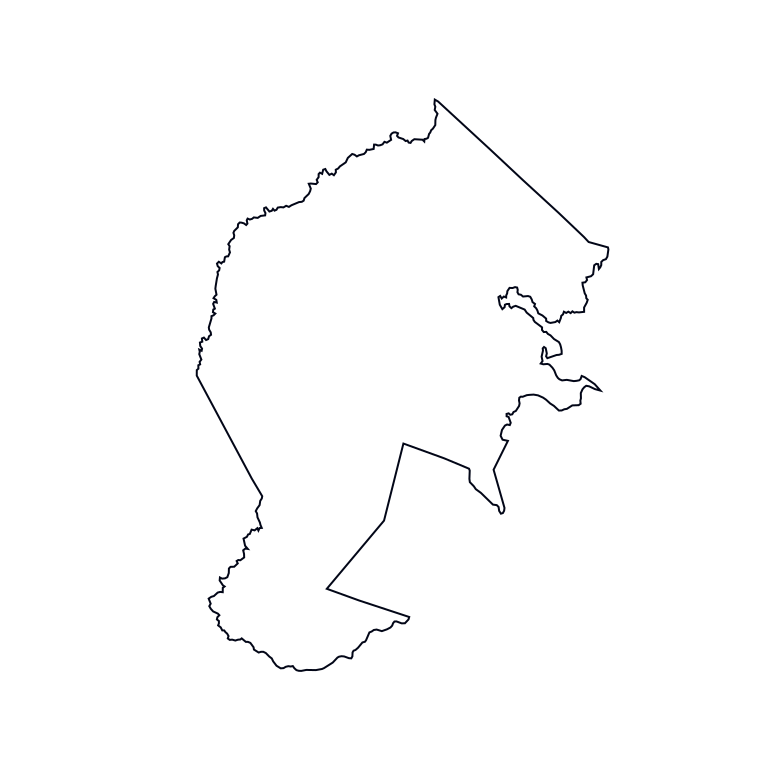 Bomet Central, Rift Valley, Kenya (Natural Earth projection), rotated 331°
{"feature_id": "3690345B53477019337333", "entity_name": "Bomet Central", "entity_type": "district", "adm_level": 2, "iso_a3": "KEN", "parent_name": "Kenya", "parent_adm1": "Rift Valley", "projection": "natural_earth1", "projection_center": [35.326, -0.731], "detail": "fine", "context": "isolated", "style": "outline", "palette": "ink", "viewbox_px": 768, "rotation_deg": 331, "n_neighbors": 0, "source": "geoboundaries", "source_scale": "gbopen_adm2", "svg_char_len": 6166}
<svg xmlns="http://www.w3.org/2000/svg" viewBox="0 0 768 768"><g transform="rotate(331 384 384)"><path d="M646.1,373.1L631.8,359.0L630.2,352.5L619.7,319.0L604.3,272.9L590.5,230.2L568.3,163.2L566.3,159.9L563.7,163.8L563.3,166.4L561.2,168.9L561.8,173.6L558.5,176.3L556.9,178.1L554.4,182.4L550.5,184.4L548.3,184.9L546.3,186.5L544.7,187.1L541.9,190.0L540.2,190.1L538.2,189.4L536.8,191.4L536.1,189.0L529.2,184.6L526.1,184.9L524.1,186.0L522.6,184.8L522.6,182.5L520.7,182.0L519.6,179.1L516.2,175.4L515.7,173.3L517.8,171.5L516.1,169.5L514.2,168.6L512.0,168.7L509.8,170.0L508.6,173.9L503.5,174.3L501.8,172.4L498.9,173.7L496.3,173.3L494.4,172.5L492.9,170.7L491.4,169.8L488.9,173.4L484.7,172.1L482.6,170.7L480.4,172.4L478.0,173.1L473.0,171.8L470.6,171.8L469.4,169.2L467.7,167.4L462.0,168.7L458.0,171.6L450.9,172.3L448.4,173.3L445.7,173.2L444.5,175.6L441.4,177.1L440.3,174.7L437.6,174.6L436.8,170.0L436.9,167.5L434.7,167.1L431.8,170.2L430.4,168.1L428.6,168.7L427.1,171.4L424.1,172.8L423.8,175.5L421.5,176.2L417.2,173.2L415.3,172.4L414.7,177.6L412.9,179.5L410.3,181.3L404.6,182.8L402.6,184.7L400.4,184.8L397.9,183.7L389.7,182.8L386.7,183.0L384.8,180.7L381.7,180.8L379.4,179.2L376.6,178.2L374.4,179.5L372.3,179.3L371.8,177.0L369.8,178.1L367.4,177.6L366.4,172.3L364.4,172.1L363.3,174.2L363.2,177.0L361.8,178.9L357.6,177.2L354.1,177.5L350.9,175.2L348.7,175.6L346.4,175.1L344.9,173.2L343.3,174.3L342.3,177.5L340.5,178.1L339.4,175.6L337.6,173.8L336.1,172.8L333.8,173.5L332.1,176.1L327.2,177.5L325.6,178.8L325.1,181.3L323.5,183.5L320.1,183.9L315.6,186.2L315.8,188.6L313.7,191.4L313.1,194.2L309.6,196.8L308.0,196.0L306.3,196.0L303.5,199.5L301.8,199.0L300.2,199.7L298.8,197.0L296.3,197.7L295.7,200.4L296.5,202.8L294.9,204.7L292.6,205.3L291.9,207.7L289.1,210.6L284.3,216.7L282.7,218.9L280.8,224.7L278.6,225.2L276.5,226.3L278.1,229.1L277.2,231.7L275.2,229.9L273.4,231.1L272.6,236.1L270.8,236.1L269.2,238.3L270.6,240.6L268.2,241.3L266.0,241.0L264.9,243.0L258.2,249.6L257.4,251.7L257.5,254.8L256.6,257.1L254.1,257.4L252.0,259.5L249.7,259.3L249.0,256.1L246.8,255.9L245.6,258.9L243.1,258.5L241.7,261.7L242.0,264.9L240.6,266.5L239.1,264.4L238.5,266.5L236.9,268.3L236.1,274.1L233.5,275.2L232.7,277.7L230.7,277.6L229.1,280.6L227.0,281.1L224.3,285.9L222.5,402.7L223.1,423.1L221.6,424.9L219.1,426.2L216.5,429.6L212.8,431.3L210.2,433.0L210.2,435.7L208.7,439.3L208.3,445.0L207.6,447.5L207.3,450.6L205.3,449.7L203.1,451.3L203.3,448.7L199.9,449.3L197.6,447.2L193.9,450.1L192.2,449.7L190.0,451.2L186.2,451.1L184.1,458.1L184.9,462.2L183.0,460.7L180.2,461.2L179.2,464.8L177.6,467.9L172.9,468.5L171.2,467.3L169.3,467.4L169.1,470.0L164.4,471.2L161.1,469.5L158.9,470.2L156.6,474.1L153.3,477.0L150.7,476.9L148.0,475.7L146.7,473.7L145.0,476.2L145.5,482.0L146.4,483.8L144.2,484.1L142.0,487.9L139.9,486.4L137.4,485.8L132.4,487.0L129.8,486.4L126.6,486.7L125.9,492.1L123.5,493.6L123.5,496.6L124.3,500.1L127.4,504.3L127.9,506.4L125.2,507.2L123.7,508.9L124.7,511.3L123.5,513.4L121.9,514.7L123.2,517.7L123.1,521.1L124.8,522.1L125.0,524.1L125.8,526.3L125.8,529.1L124.0,530.8L125.0,533.0L127.3,534.0L129.6,536.3L132.2,536.8L134.5,537.8L136.2,537.5L138.1,542.5L140.0,543.6L141.6,545.6L142.3,551.0L141.5,553.2L144.2,558.1L146.6,558.6L148.6,559.7L150.2,562.0L151.5,566.7L152.8,569.6L152.6,572.9L153.4,578.3L155.8,582.6L158.4,583.8L160.9,583.7L163.5,584.4L165.5,585.9L167.5,586.5L167.8,589.1L168.7,591.8L170.4,593.5L172.5,594.8L177.4,596.4L185.7,601.2L191.6,603.2L193.7,603.4L204.1,602.8L210.7,600.7L212.5,600.7L214.9,601.5L217.1,603.0L220.4,606.8L222.4,608.1L224.3,606.9L226.4,603.5L228.1,602.5L230.1,602.8L233.4,602.1L239.8,599.6L242.4,600.2L244.1,599.4L250.8,594.2L253.2,594.5L255.8,594.2L258.5,595.2L262.3,599.1L267.6,600.0L271.6,600.1L274.0,599.3L276.0,597.6L278.0,596.8L279.8,597.7L283.4,601.9L286.3,603.4L291.3,601.8L293.1,600.0L257.2,561.2L234.7,535.4L317.8,503.5L372.1,445.5L400.7,478.3L417.3,499.3L417.0,501.3L412.7,508.4L411.5,511.5L413.0,517.0L413.3,520.5L416.0,526.3L420.8,542.3L423.9,544.6L424.6,547.1L423.2,550.8L423.4,554.1L425.4,554.5L427.6,553.1L429.3,550.8L438.3,512.1L464.8,493.8L460.7,490.2L460.9,485.8L464.9,481.4L469.6,479.0L472.0,479.1L474.1,480.9L476.0,479.4L477.0,473.2L475.6,471.7L476.7,469.6L478.8,470.1L479.5,472.1L481.5,472.7L483.7,471.3L486.2,471.5L491.5,468.7L493.2,466.7L494.1,463.8L495.7,461.6L497.6,461.4L499.1,462.4L503.5,463.0L505.9,464.0L509.7,465.8L513.2,468.6L516.5,473.0L518.1,476.2L519.9,481.6L522.0,485.5L524.1,492.0L526.6,493.3L529.4,493.5L531.9,494.4L538.3,494.0L544.0,496.9L546.4,496.6L547.7,493.7L549.3,492.0L551.7,487.4L555.0,484.9L557.6,483.9L560.0,483.6L562.3,485.5L566.0,490.7L570.1,494.7L568.2,486.3L562.8,475.3L560.8,472.8L558.3,475.0L556.5,475.4L554.0,474.6L551.4,473.5L545.9,469.0L541.5,467.2L539.7,464.9L539.0,462.9L538.8,459.9L539.5,454.6L539.2,451.4L538.1,447.3L536.7,445.7L532.9,444.0L531.0,442.1L533.8,440.8L535.1,436.5L539.2,431.9L540.1,429.8L541.9,429.2L542.8,431.1L541.2,436.2L539.2,438.4L539.4,440.6L549.0,442.3L551.2,443.3L554.0,443.8L555.5,441.0L556.6,437.7L557.3,434.7L557.3,432.1L554.5,427.1L553.2,422.2L551.6,419.6L551.2,417.1L548.9,416.0L548.4,413.3L549.7,411.1L546.0,402.8L545.8,400.4L546.5,398.6L543.4,390.7L543.1,387.1L537.1,379.5L534.5,379.0L532.2,379.4L531.4,376.9L532.2,374.6L530.0,373.5L528.2,373.3L526.7,375.3L523.8,375.9L523.7,370.8L526.2,363.5L528.3,363.3L528.4,366.3L531.2,365.6L532.8,367.5L533.9,365.7L535.6,364.5L536.9,362.6L540.4,360.8L543.0,362.4L545.6,362.8L547.2,364.2L546.6,366.5L545.2,368.4L545.2,370.8L547.0,372.3L548.0,374.9L552.6,376.9L554.2,378.6L554.2,381.7L553.6,384.4L554.9,387.2L553.0,388.9L553.8,391.5L553.8,394.1L553.2,397.0L555.8,400.9L557.5,405.4L556.4,407.5L557.7,409.8L559.2,411.3L563.9,412.9L566.4,412.6L567.2,414.9L570.7,412.0L572.1,410.3L574.3,409.9L576.4,408.0L577.8,410.2L580.3,410.1L581.6,412.5L584.0,411.8L585.1,413.9L587.1,414.4L589.2,415.9L594.0,417.9L596.1,414.1L600.7,411.2L603.0,409.1L602.5,407.1L603.6,404.6L603.5,402.1L605.6,394.1L606.7,391.6L609.4,392.6L612.0,391.5L612.7,388.9L617.3,390.1L620.1,389.4L625.4,382.1L627.9,381.8L629.4,383.0L627.7,387.6L629.7,386.8L631.7,385.3L633.2,382.6L635.7,381.9L638.6,382.4L641.1,380.9L645.5,375.1L646.1,373.1Z" fill="none" stroke="#020617" stroke-width="2"/></g></svg>